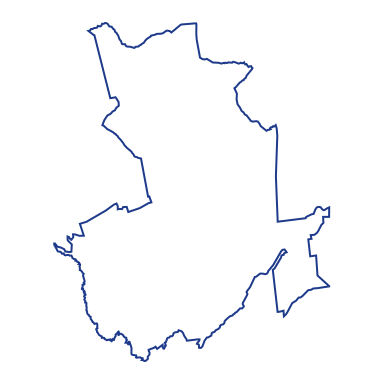 Bau Bang, Bình Dương, Vietnam
{"feature_id": "81297802B44215588050468", "entity_name": "Bau Bang", "entity_type": "district", "adm_level": 2, "iso_a3": "VNM", "parent_name": "Vietnam", "parent_adm1": "Bình Dương", "projection": "natural_earth1", "projection_center": [106.592, 11.27], "detail": "fine", "context": "isolated", "style": "outline", "palette": "blue", "viewbox_px": 384, "rotation_deg": 0, "n_neighbors": 0, "source": "geoboundaries", "source_scale": "gbopen_adm2", "svg_char_len": 5897}
<svg xmlns="http://www.w3.org/2000/svg" viewBox="0 0 384 384"><path d="M329.8,286.7L317.5,275.5L316.1,255.5L310.2,256.3L308.3,239.4L311.5,238.8L310.7,235.1L314.4,234.8L316.8,233.0L318.1,231.3L321.5,224.7L323.4,223.0L323.1,216.9L329.1,216.9L329.2,207.4L327.2,208.3L324.5,210.0L323.7,210.2L322.7,209.7L320.5,207.2L319.6,206.9L317.5,207.1L316.6,207.6L315.4,209.4L313.6,213.9L311.6,214.3L306.2,216.9L305.7,218.2L277.7,221.7L275.9,176.4L277.3,135.6L276.7,128.5L275.7,125.1L274.5,126.4L273.2,126.1L272.6,127.1L271.1,127.2L270.0,128.3L270.6,129.1L269.8,129.2L269.5,129.7L267.9,129.9L266.5,130.8L260.7,126.1L259.3,123.4L257.8,121.5L256.3,121.2L252.6,121.6L250.9,120.9L246.6,115.4L244.7,114.4L243.7,112.5L241.6,110.9L239.8,107.3L237.6,104.4L236.6,99.5L236.9,93.6L234.4,88.2L235.6,87.4L239.6,82.7L241.2,81.7L242.4,80.4L243.7,80.1L244.3,78.9L245.8,77.8L246.6,75.6L251.9,69.2L252.5,68.1L251.7,67.4L251.2,66.2L250.1,66.2L248.7,66.9L248.6,66.5L247.9,66.3L246.5,64.1L245.2,64.4L244.7,63.4L244.2,63.3L244.0,62.4L243.0,63.1L241.8,63.2L240.7,62.7L239.7,63.3L238.5,63.6L235.9,62.5L233.1,61.8L232.1,62.7L228.2,62.4L226.9,63.1L225.2,62.7L224.5,63.2L223.8,62.9L221.2,63.6L218.8,62.8L212.8,62.5L206.9,58.9L204.9,59.4L203.3,59.3L202.3,59.0L200.0,57.6L196.7,39.6L196.3,34.1L196.4,24.0L196.0,23.3L181.3,24.5L180.5,24.9L171.4,32.5L169.8,31.1L167.1,30.6L166.3,30.8L163.1,33.1L161.2,33.7L156.5,33.9L155.5,34.6L150.9,35.7L150.7,36.5L147.3,38.6L145.4,40.4L143.9,42.7L141.7,44.0L140.7,45.0L139.4,45.5L138.5,46.5L135.5,46.8L134.6,47.8L134.2,47.9L129.9,46.7L127.2,46.6L125.8,45.8L125.1,44.2L122.4,44.2L122.0,43.9L120.9,40.9L119.6,39.5L118.1,35.4L116.3,32.7L115.1,31.8L114.4,29.6L113.2,28.9L111.6,26.7L109.4,26.5L107.6,23.8L106.6,23.2L105.0,23.0L103.7,23.8L102.1,23.8L101.3,25.7L100.4,26.4L97.8,25.9L97.4,27.1L96.7,27.8L94.0,28.1L92.5,29.0L91.0,29.0L90.1,30.4L88.4,30.9L93.8,35.1L94.4,35.2L110.3,98.2L115.6,97.3L118.6,102.0L118.8,105.7L116.2,107.9L114.9,110.3L112.6,111.5L110.6,113.8L107.4,115.5L104.3,120.2L102.4,125.2L103.9,125.9L107.4,129.2L110.2,130.6L113.9,132.8L114.2,133.4L116.0,134.3L116.4,135.2L117.6,136.0L118.4,137.5L120.3,139.4L123.3,143.2L124.4,145.1L127.1,148.0L131.4,151.6L132.2,153.0L133.7,154.6L134.3,156.3L135.2,156.8L136.6,157.0L137.9,157.8L141.0,158.5L148.1,196.7L149.3,196.5L151.4,202.4L148.6,203.1L139.8,208.1L128.3,212.0L126.7,206.9L123.1,207.1L122.0,209.1L119.1,208.9L117.8,209.3L117.7,205.9L116.5,203.5L113.8,204.7L105.7,210.6L86.5,221.8L79.9,223.8L83.8,235.7L79.4,235.8L74.6,234.3L73.0,234.3L73.3,237.2L71.3,239.8L70.1,238.9L69.0,237.1L67.6,236.5L67.6,239.9L68.0,240.7L71.8,244.4L71.4,251.7L69.9,252.1L65.4,251.5L64.2,249.2L60.8,247.5L58.1,246.9L56.9,246.1L55.0,243.5L54.2,243.5L54.5,245.6L55.6,246.3L55.6,247.6L56.3,248.3L57.4,250.8L57.9,251.4L60.7,251.9L62.1,253.8L63.7,253.4L64.6,255.1L65.3,255.3L68.4,254.9L69.9,255.7L71.4,255.5L72.1,256.8L72.4,258.0L73.7,258.9L75.6,259.3L75.8,259.7L75.4,260.6L76.6,260.8L77.3,261.9L78.3,262.1L78.8,262.9L79.2,262.9L79.3,263.4L78.7,264.2L80.0,264.4L80.0,265.5L79.5,266.6L79.9,267.8L79.8,270.1L80.8,270.4L82.2,271.9L82.5,272.9L83.7,273.8L83.0,275.5L84.6,281.1L84.6,281.6L83.6,282.8L83.7,283.1L84.4,283.4L84.5,284.1L84.2,284.5L82.6,284.8L82.6,286.6L81.9,288.7L81.9,288.9L83.1,288.8L83.3,290.4L84.3,291.0L84.6,291.6L83.8,292.0L83.8,292.4L84.8,293.2L84.5,293.9L85.5,294.4L85.5,294.9L84.2,296.1L84.1,296.5L85.1,297.8L84.3,299.6L85.3,301.0L85.1,302.5L86.3,302.7L86.4,303.1L86.3,306.0L86.6,306.7L86.6,309.4L86.3,310.2L87.1,311.4L87.1,312.9L87.8,314.4L88.8,314.9L89.5,316.4L90.6,316.7L90.7,318.9L92.0,320.6L92.6,322.1L93.4,322.3L94.4,323.9L96.6,323.4L97.1,323.7L97.4,325.8L97.1,327.2L97.5,328.1L96.2,329.1L96.2,329.6L96.8,330.3L97.0,331.9L97.5,332.3L99.1,335.0L101.8,336.5L101.8,337.8L103.9,337.8L104.3,338.0L104.6,339.0L105.6,339.3L106.4,340.1L107.1,340.2L108.2,339.6L109.6,340.1L110.2,339.3L110.7,339.3L111.2,339.7L111.2,340.9L111.6,341.2L112.6,340.3L113.0,339.1L114.0,339.7L114.7,337.4L115.7,336.1L115.6,334.6L117.4,333.0L118.0,331.9L118.6,331.6L118.9,332.3L118.1,333.6L118.5,335.0L118.9,334.9L119.4,333.9L121.2,333.8L123.3,335.3L123.6,336.2L124.7,337.3L126.3,337.8L126.2,339.5L126.9,340.0L125.6,342.7L127.0,342.7L128.2,344.3L129.0,344.2L129.1,343.2L128.9,341.8L129.5,341.8L131.5,347.9L131.4,353.2L131.7,354.4L132.5,354.9L136.2,355.4L136.4,356.2L136.0,357.4L136.4,357.7L140.2,357.3L141.5,358.2L142.6,358.2L142.7,358.8L141.8,360.0L143.4,360.2L144.1,360.9L144.8,361.0L146.1,360.6L147.9,358.8L147.7,357.0L149.5,354.4L149.5,352.3L148.8,351.2L148.6,349.8L154.0,347.8L155.5,346.7L157.1,348.9L162.6,344.8L162.8,347.6L163.5,348.6L164.0,348.7L164.9,347.1L165.1,345.7L165.8,345.5L164.9,342.6L165.6,342.4L166.1,341.7L167.0,338.9L167.6,337.9L169.3,337.5L170.3,336.3L172.2,336.1L173.0,335.4L173.5,333.4L173.9,333.0L174.9,332.4L177.8,332.0L178.6,330.3L181.5,331.2L183.0,332.9L184.1,335.6L186.4,339.2L186.9,340.7L198.3,339.3L199.5,339.4L199.2,340.9L197.3,342.9L196.9,343.8L198.8,344.6L199.1,347.8L200.7,347.9L201.7,347.3L202.6,346.0L204.5,340.8L206.9,337.5L208.1,337.4L211.3,335.6L211.7,333.2L212.1,332.7L214.5,331.9L215.8,330.2L218.3,329.0L219.6,327.7L220.0,326.9L220.0,326.0L220.8,325.0L223.2,324.3L224.3,323.2L224.6,321.3L225.6,320.1L228.7,317.3L230.1,316.2L232.5,315.5L233.4,314.3L234.7,313.6L235.1,312.8L236.8,311.9L240.1,308.4L242.1,308.4L243.5,307.0L243.8,306.5L243.7,305.8L242.9,304.6L242.7,303.2L247.2,294.8L247.4,293.7L246.6,292.4L246.8,291.4L250.1,287.1L254.8,277.0L256.2,276.7L260.1,273.6L262.4,273.6L265.3,274.2L266.7,273.8L267.8,272.5L268.2,271.1L273.3,264.9L281.0,251.5L282.5,249.8L284.6,249.5L286.6,252.3L284.5,253.0L283.9,253.9L283.6,254.9L282.4,255.0L281.5,255.5L281.0,257.6L275.1,267.6L274.3,268.7L272.8,269.8L277.6,311.9L279.8,311.7L283.5,310.7L283.9,316.3L286.0,314.3L287.6,311.8L292.2,303.1L296.1,300.7L298.6,297.6L300.6,297.4L302.2,296.3L308.2,290.2L311.3,289.7L313.2,288.5L318.0,288.1L329.0,286.4L329.8,286.7Z" fill="none" stroke="#1e3a8a" stroke-width="2"/></svg>